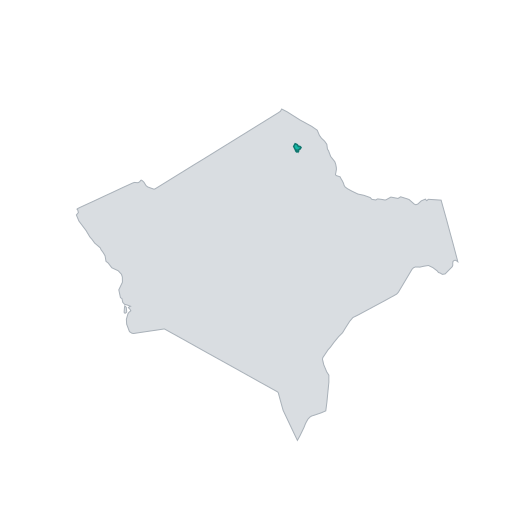 Kisumu West, Nyanza, Kenya (highlighted), rotated 119°
{"feature_id": "3690345B39370723343062", "entity_name": "Kisumu West", "entity_type": "district", "adm_level": 2, "iso_a3": "KEN", "parent_name": "Kenya", "parent_adm1": "Nyanza", "projection": "albers", "projection_center": [34.67, -0.088], "detail": "fine", "context": "in_parent", "style": "filled", "palette": "teal", "viewbox_px": 512, "rotation_deg": 119, "n_neighbors": 0, "source": "geoboundaries", "source_scale": "gbopen_adm2", "svg_char_len": 3997}
<svg xmlns="http://www.w3.org/2000/svg" viewBox="0 0 512 512"><g transform="rotate(119 256 256)"><path d="M115.0,304.8L114.8,298.8L115.7,283.5L115.6,270.1L116.3,263.4L119.7,259.1L121.2,256.0L122.3,251.7L124.0,248.2L127.9,245.3L128.7,243.7L132.8,238.9L135.3,232.8L137.2,230.7L139.6,228.7L141.2,227.7L144.0,226.7L146.1,226.1L146.5,225.6L146.7,224.6L146.0,220.8L146.9,219.6L148.4,217.0L150.0,214.7L151.5,213.2L152.4,211.6L152.8,208.9L152.8,207.0L152.8,203.9L152.4,196.9L150.6,191.0L149.5,184.4L150.3,182.2L148.9,178.3L148.2,178.1L147.1,177.3L145.6,173.6L144.5,170.3L143.8,169.5L139.1,166.6L136.8,159.7L134.1,158.2L132.7,151.4L132.4,149.5L133.9,142.7L133.7,141.1L132.2,139.7L127.7,138.2L124.1,135.4L124.6,134.4L124.8,133.4L122.9,132.8L117.4,121.2L124.5,114.2L131.7,107.1L140.9,98.2L149.3,90.0L156.6,83.0L163.2,76.7L163.0,77.9L163.0,79.5L163.8,80.5L165.2,81.1L167.0,80.4L168.7,79.4L170.3,79.2L180.0,81.9L181.7,84.1L181.6,86.6L182.0,88.4L181.2,90.2L180.4,95.6L180.7,100.6L183.6,104.3L186.2,107.2L188.3,111.2L189.8,112.5L191.9,113.1L198.7,113.3L208.6,113.6L218.2,113.9L219.1,114.0L221.1,114.5L229.9,120.0L237.9,125.1L244.7,129.5L251.4,133.8L257.8,137.9L262.8,141.4L267.7,142.4L275.7,142.9L281.2,143.1L286.3,144.6L293.9,146.0L299.6,146.7L303.0,147.5L312.6,148.3L314.1,147.8L318.3,144.0L323.1,137.9L324.9,134.5L331.0,131.1L341.7,126.5L349.3,123.2L357.6,119.9L361.4,122.8L366.6,127.5L369.0,129.8L370.9,130.8L373.7,131.5L377.2,131.5L379.1,131.4L382.9,130.9L392.0,130.4L397.2,130.4L392.8,136.6L387.5,144.0L377.8,157.5L370.5,164.7L364.9,170.1L364.4,171.1L364.4,177.1L364.4,191.9L364.3,221.6L364.3,251.2L364.2,280.9L364.2,295.8L364.2,300.8L369.0,307.0L373.7,313.2L379.9,321.3L383.2,325.6L383.7,327.1L383.5,330.0L378.4,336.0L374.2,338.7L368.5,340.0L366.8,339.8L364.6,338.9L363.7,340.3L363.0,342.6L361.8,342.1L360.8,341.4L361.4,345.5L362.0,347.5L361.1,350.1L358.3,352.5L358.1,354.4L352.1,359.6L343.7,360.1L339.2,362.7L337.2,364.8L335.7,369.4L336.2,376.4L333.8,381.9L333.4,384.6L329.0,388.1L327.1,391.3L325.6,394.6L324.4,396.1L322.9,403.4L320.8,407.9L320.3,409.4L319.8,410.7L318.2,413.4L317.2,415.2L316.4,416.4L311.3,427.8L307.2,433.0L304.1,432.4L302.0,434.4L301.8,435.3L300.7,434.8L298.0,432.9L292.7,429.0L287.3,425.0L281.9,421.1L276.5,417.2L271.2,413.3L265.8,409.4L260.4,405.5L255.0,401.5L251.9,399.2L250.5,397.9L249.4,395.2L248.8,394.5L247.4,393.7L245.7,393.5L245.2,393.0L245.3,391.7L245.8,389.8L247.8,386.2L248.1,384.1L247.7,381.7L247.1,377.9L246.5,377.0L243.0,375.0L235.5,370.8L228.0,366.6L220.5,362.4L213.0,358.2L205.5,354.0L198.0,349.7L190.5,345.5L183.0,341.3L175.5,337.1L168.0,332.9L160.5,328.7L153.0,324.5L145.5,320.3L138.0,316.1L130.5,311.9L123.0,307.7L120.2,306.1L117.6,304.8L115.0,304.8ZM364.5,346.2L363.2,346.5L363.9,344.5L367.7,341.9L369.3,342.5L369.6,343.1L369.5,343.7L368.9,344.2L364.5,346.2Z" fill="#d9dde1" stroke="#a8b0b8" stroke-width="1"/><path d="M144.7,270.2L144.6,270.3L144.5,270.2L144.5,270.3L144.4,270.3L144.4,270.2L144.2,270.0L144.2,269.9L144.1,269.7L143.9,269.6L143.7,269.7L143.6,269.8L143.5,270.0L143.4,270.0L143.2,270.1L142.9,270.1L142.7,270.2L142.7,270.3L142.6,270.2L142.8,270.1L142.8,269.9L142.7,269.9L142.4,269.9L142.0,270.0L141.4,269.7L141.2,269.6L140.9,269.5L140.8,269.4L140.7,269.4L140.4,269.3L140.2,269.4L139.9,269.4L140.0,269.3L139.9,269.3L139.7,269.2L139.4,269.1L139.2,269.3L139.2,269.5L139.1,269.8L139.0,270.1L138.9,270.3L138.9,270.6L138.9,270.8L139.0,270.9L139.0,271.0L139.1,271.3L139.2,271.5L139.3,271.5L139.4,271.8L139.5,271.8L139.5,272.0L139.5,272.3L139.4,272.4L139.4,272.5L139.2,272.7L139.2,272.8L139.2,273.0L139.0,273.3L138.9,273.3L138.8,273.5L138.8,273.8L138.7,273.9L138.7,274.0L138.6,274.3L138.6,274.5L138.8,276.2L141.9,276.2L144.4,272.6L143.8,272.4L143.8,272.1L144.0,272.1L144.3,272.1L144.5,272.2L144.6,272.3L144.8,272.3L144.9,272.2L144.9,271.9L144.9,271.7L144.9,271.4L145.0,271.4L145.2,271.2L145.3,271.1L145.3,270.9L145.2,270.8L145.0,270.7L144.9,270.7L144.8,270.4L144.7,270.4L144.7,270.2L144.7,270.2Z" fill="#14b8a6" stroke="#0f766e" stroke-width="1.5"/></g></svg>